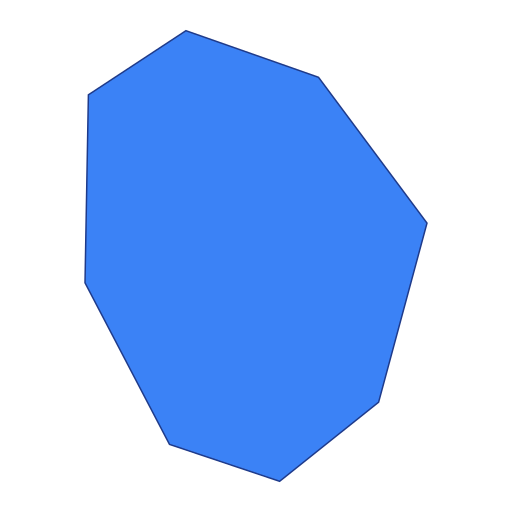 map outline of Mauke (Robinson projection)
{"feature_id": "COK-4955", "entity_name": "Mauke", "entity_type": "state/province", "adm_level": 1, "iso_a3": "COK", "parent_name": "Cook Islands", "parent_adm1": "", "projection": "robinson", "projection_center": [-157.33, -20.158], "detail": "fine", "context": "isolated", "style": "filled", "palette": "blue", "viewbox_px": 512, "rotation_deg": 0, "n_neighbors": 0, "source": "natural_earth", "source_scale": "10m", "svg_char_len": 235}
<svg xmlns="http://www.w3.org/2000/svg" viewBox="0 0 512 512"><path d="M427.0,223.1L378.6,402.2L279.6,481.3L169.5,444.4L85.0,282.8L88.4,94.8L185.9,30.7L318.5,77.3L427.0,223.1Z" fill="#3b82f6" stroke="#1e3a8a" stroke-width="1.5"/></svg>